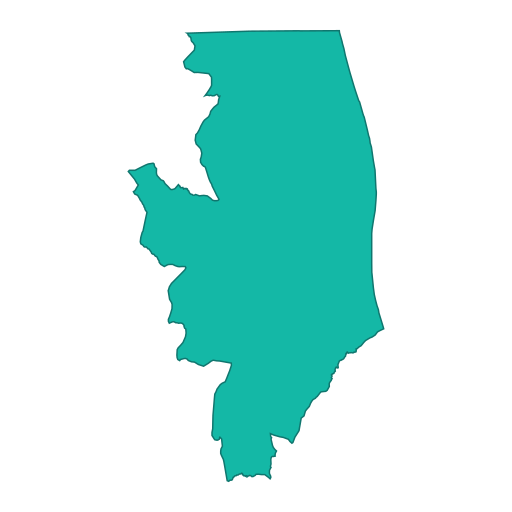 outline of Kalemie, Katanga, Democratic Republic of the Congo
{"feature_id": "63176286B6958016734749", "entity_name": "Kalemie", "entity_type": "district", "adm_level": 2, "iso_a3": "COD", "parent_name": "Democratic Republic of the Congo", "parent_adm1": "Katanga", "projection": "equal_earth", "projection_center": [28.753, -6.07], "detail": "fine", "context": "isolated", "style": "filled", "palette": "teal", "viewbox_px": 512, "rotation_deg": 0, "n_neighbors": 0, "source": "geoboundaries", "source_scale": "gbopen_adm2", "svg_char_len": 5967}
<svg xmlns="http://www.w3.org/2000/svg" viewBox="0 0 512 512"><path d="M298.7,30.8L249.4,31.2L187.2,33.2L187.9,33.6L188.0,34.9L188.6,35.2L189.3,36.7L190.2,36.7L190.8,37.6L191.3,40.6L191.9,41.6L193.1,42.7L195.0,45.8L194.3,50.2L192.7,51.8L187.7,57.0L185.2,59.7L183.6,61.7L184.9,67.0L186.3,68.8L187.8,68.7L190.5,70.2L194.2,72.5L198.0,72.4L208.8,73.6L211.5,77.2L211.6,79.8L211.6,85.3L211.0,86.7L209.3,89.6L206.9,93.2L205.1,95.6L205.8,95.3L207.6,95.1L209.4,95.6L210.8,95.2L212.2,95.8L214.2,95.7L216.4,94.5L217.5,94.6L218.5,96.4L219.8,96.2L219.3,97.6L218.6,99.8L218.1,103.9L217.4,104.3L216.8,105.0L216.4,105.3L214.0,107.2L212.4,109.1L210.7,111.3L210.0,114.0L208.7,116.7L204.5,120.1L203.2,121.8L200.9,126.0L199.2,129.9L197.3,133.2L195.9,134.6L195.2,140.2L196.2,144.0L198.7,146.6L200.5,148.6L201.1,150.4L201.8,153.2L201.2,157.0L200.4,159.3L200.6,162.3L202.0,164.6L203.6,166.2L204.8,166.6L205.5,167.7L207.1,172.8L208.3,176.8L209.3,179.6L210.3,181.9L211.7,184.3L212.2,186.1L214.9,191.5L216.7,195.3L218.3,198.0L218.8,198.9L219.0,199.4L218.1,200.4L216.5,200.7L214.5,200.7L212.5,200.2L210.7,198.4L207.3,195.9L203.8,195.4L201.4,195.6L199.5,195.9L195.6,194.5L194.4,195.2L192.9,195.2L191.9,194.3L190.7,194.2L189.5,192.9L188.6,190.8L188.0,190.6L187.3,188.9L186.6,189.0L186.1,188.4L185.3,188.7L184.9,188.4L183.5,189.0L183.0,187.8L182.9,187.5L180.8,187.7L180.4,187.4L180.0,186.3L179.7,186.4L179.4,185.7L178.4,184.6L177.6,185.6L175.0,188.6L174.2,189.0L172.0,189.6L170.6,189.4L167.6,186.1L165.0,183.6L163.9,181.5L163.2,180.7L161.0,179.9L157.4,175.9L156.7,174.6L156.4,172.8L156.5,168.7L156.4,168.6L154.7,166.7L154.0,163.8L153.1,163.2L148.2,164.0L145.7,165.0L139.4,168.1L135.1,170.3L129.4,170.3L128.3,171.5L134.5,179.1L136.8,183.1L138.3,185.0L135.0,190.6L133.4,191.7L133.7,192.2L134.7,194.0L137.6,195.3L139.6,198.6L139.9,199.4L140.2,200.0L141.1,201.2L141.8,202.0L142.6,203.9L143.7,205.3L144.1,207.0L144.7,207.7L145.1,209.4L145.3,209.9L147.0,212.3L145.4,219.6L143.0,231.1L142.2,232.4L140.8,237.5L140.3,241.8L140.8,243.8L143.1,245.3L143.9,246.6L145.0,247.1L146.1,246.9L146.8,247.4L147.9,248.8L148.9,248.9L151.1,251.9L151.7,253.4L152.7,254.1L153.8,254.2L155.4,256.2L156.7,256.6L157.3,257.6L158.1,259.4L158.1,259.5L159.0,260.7L159.1,261.4L159.2,262.3L160.8,264.4L164.3,266.5L167.9,264.6L169.9,264.4L172.7,264.4L175.1,265.6L177.7,266.5L179.3,266.7L182.2,266.5L185.3,266.6L185.9,267.8L185.0,269.7L182.4,272.4L171.5,283.4L169.4,286.8L168.7,289.2L168.2,290.6L169.6,299.3L171.6,302.7L172.1,304.5L172.0,308.7L170.7,313.2L169.5,316.8L168.4,319.3L168.4,321.3L169.3,323.2L172.2,321.9L174.0,321.7L175.6,322.7L177.4,322.8L178.4,323.2L181.0,323.0L182.5,323.5L184.1,325.4L184.0,326.3L184.6,328.1L185.8,329.0L186.1,333.1L185.5,336.7L183.0,342.5L180.4,345.5L178.2,347.8L177.2,349.7L176.9,355.1L177.1,357.6L177.8,359.5L179.7,360.6L180.5,359.5L183.8,358.6L185.2,358.4L186.9,358.9L188.3,360.5L191.5,361.8L194.5,362.1L198.4,364.5L201.2,365.4L203.6,366.2L208.3,363.3L211.2,361.1L213.2,360.2L216.5,360.8L219.6,361.0L231.3,363.1L231.4,365.4L229.7,370.7L227.9,375.2L226.7,378.3L225.2,381.8L222.2,383.2L220.3,384.6L217.1,389.0L216.0,391.8L214.8,394.1L214.4,398.3L213.9,404.6L213.0,415.3L212.7,428.8L212.0,432.4L212.0,435.5L214.7,439.7L216.3,440.1L217.8,440.1L219.4,439.1L219.7,437.2L220.0,437.2L221.6,438.9L222.4,446.2L221.0,449.0L220.7,451.1L220.7,453.5L221.2,454.8L222.6,457.8L223.3,459.2L223.8,461.2L224.7,466.2L226.6,477.3L227.2,480.7L228.7,481.3L230.0,480.2L231.8,480.1L232.4,479.4L233.2,477.3L233.7,477.2L234.7,475.9L236.2,475.7L236.9,474.9L237.9,475.1L239.2,474.1L240.9,473.9L241.6,473.2L242.4,473.5L242.6,474.8L243.2,474.9L243.6,475.7L244.5,475.7L245.4,476.3L246.1,475.6L246.6,475.8L247.0,476.9L247.7,476.4L248.0,476.0L249.0,475.8L249.4,475.4L250.7,475.6L251.8,476.6L252.9,476.6L255.1,475.4L256.1,474.3L258.5,474.2L261.6,474.6L264.8,474.6L268.8,477.6L270.1,478.8L270.8,477.5L270.7,476.6L270.7,476.2L269.5,473.7L269.4,472.5L269.5,470.2L271.0,467.4L270.5,466.9L270.5,466.0L271.0,464.0L270.8,459.5L271.1,457.9L271.7,456.8L272.4,456.4L273.6,456.5L274.1,456.2L274.5,456.3L275.2,456.1L275.0,455.3L275.4,453.0L276.5,451.0L274.8,449.4L273.3,447.4L272.5,445.4L271.1,439.4L271.1,438.6L271.6,437.7L270.7,436.6L270.4,433.6L273.9,435.1L276.4,435.8L279.9,436.8L283.3,437.4L288.4,439.3L290.0,441.5L291.9,443.2L292.9,442.5L294.9,437.2L299.0,430.7L301.2,418.1L304.0,415.9L305.4,411.1L306.5,409.6L309.3,406.4L310.6,403.2L311.9,401.0L313.0,399.6L315.3,398.3L315.6,398.0L316.2,397.2L317.2,396.5L320.3,392.5L321.2,391.8L325.8,391.3L327.2,390.3L329.3,386.5L329.2,383.8L329.6,382.6L331.3,380.3L331.4,379.5L332.1,378.7L331.3,377.7L332.0,376.3L331.9,375.8L331.5,375.4L331.5,374.7L332.1,374.5L332.3,373.8L333.5,373.6L334.0,373.2L334.1,372.4L335.3,371.2L335.0,369.8L335.6,367.8L336.0,367.2L336.4,367.1L337.1,367.9L338.0,367.9L338.2,367.6L338.0,365.8L337.9,364.7L339.3,361.1L340.2,360.4L341.1,360.3L341.6,359.7L342.5,359.6L343.8,358.6L344.6,357.1L345.5,356.2L345.9,353.7L346.3,353.8L346.9,352.2L347.3,352.0L347.7,352.3L348.2,353.2L349.0,352.9L351.7,352.6L351.9,352.7L353.0,352.9L354.2,352.3L354.2,352.1L355.1,352.1L355.5,352.0L355.8,351.9L356.0,351.8L356.0,351.5L356.1,351.3L356.1,351.1L356.2,350.9L356.2,350.7L356.1,350.3L356.2,350.1L356.2,349.9L356.2,349.6L356.2,349.3L356.1,349.1L356.1,348.9L356.5,348.8L356.7,349.0L359.2,346.8L361.1,345.7L363.7,342.5L365.6,340.5L369.9,337.9L372.0,337.1L375.2,335.0L377.5,331.9L380.1,330.5L383.7,328.8L383.0,326.3L378.9,312.9L378.4,309.7L377.0,305.7L375.6,300.4L374.3,294.6L373.4,287.9L372.0,274.1L371.8,272.4L371.7,262.8L371.7,233.4L372.1,228.9L373.4,220.6L375.1,210.7L375.9,200.7L376.3,194.1L376.3,192.0L375.9,188.4L375.0,169.9L374.5,167.4L373.3,160.4L371.4,147.0L370.1,142.8L370.0,141.5L369.5,138.3L369.0,136.8L368.6,135.6L367.3,129.8L364.2,117.1L363.7,116.1L362.9,113.7L359.6,102.0L358.7,100.6L355.7,91.6L354.1,86.6L349.8,72.1L348.3,66.6L345.3,55.4L343.9,48.6L342.5,43.7L342.0,41.4L339.5,32.6L339.3,30.7L300.0,30.9L299.4,30.8L298.7,30.8Z" fill="#14b8a6" stroke="#0f766e" stroke-width="1.5"/></svg>